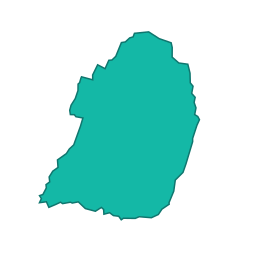 Florida, Puerto Rico (Natural Earth projection), rotated 16°
{"feature_id": "32010507B91189931708887", "entity_name": "Florida", "entity_type": "district", "adm_level": 2, "iso_a3": "PRI", "parent_name": "Puerto Rico", "parent_adm1": "", "projection": "natural_earth1", "projection_center": [-66.565, 18.375], "detail": "fine", "context": "isolated", "style": "filled", "palette": "teal", "viewbox_px": 256, "rotation_deg": 16, "n_neighbors": 0, "source": "geoboundaries", "source_scale": "gbopen_adm2", "svg_char_len": 1175}
<svg xmlns="http://www.w3.org/2000/svg" viewBox="0 0 256 256"><g transform="rotate(16 128 128)"><path d="M188.6,189.9L188.0,188.5L189.4,176.1L187.8,165.0L193.1,155.5L193.6,146.5L193.9,123.3L193.0,120.2L193.5,106.5L194.4,100.3L191.9,97.7L188.4,96.7L187.8,89.9L184.5,85.2L184.1,80.0L179.7,77.2L179.0,69.9L175.4,67.4L172.5,58.2L167.9,50.2L158.9,51.5L150.9,47.7L148.3,38.4L146.0,34.2L133.3,33.5L121.4,29.9L108.1,35.2L107.8,39.0L104.8,40.9L101.7,46.0L98.1,47.7L96.5,62.5L93.8,67.1L90.9,68.2L89.6,77.3L81.4,75.6L79.4,86.8L80.8,91.4L69.2,91.6L69.0,93.1L69.0,97.8L67.9,99.5L69.6,105.8L69.2,114.2L67.0,121.8L67.1,127.0L68.9,131.0L72.8,130.0L74.8,131.5L81.9,130.8L81.8,139.6L80.7,155.9L80.5,159.2L77.4,164.3L75.8,169.6L69.0,178.1L71.6,185.2L67.6,190.2L65.7,196.8L67.6,201.4L64.8,205.0L66.0,208.2L64.5,215.4L61.6,217.4L64.2,219.8L63.5,224.2L69.9,221.4L73.8,226.1L79.6,221.4L83.6,217.9L86.0,218.7L93.1,215.2L95.1,215.5L100.6,212.7L109.2,217.2L119.6,217.0L124.3,211.7L127.0,213.0L128.6,217.5L133.7,214.5L138.1,216.2L143.4,215.4L146.8,218.1L148.5,216.0L159.9,212.9L163.2,210.2L175.2,207.8L181.0,202.8L183.0,196.6L188.6,189.9Z" fill="#14b8a6" stroke="#0f766e" stroke-width="1.5"/></g></svg>